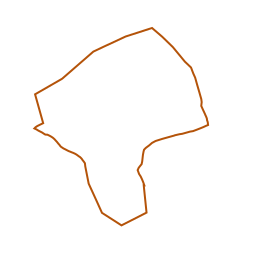 Belle Vue, Gros Islet, Saint Lucia, rotated 153°
{"feature_id": "8701671B15632424418996", "entity_name": "Belle Vue", "entity_type": "district", "adm_level": 2, "iso_a3": "LCA", "parent_name": "Saint Lucia", "parent_adm1": "Gros Islet", "projection": "natural_earth1", "projection_center": [-60.943, 14.085], "detail": "fine", "context": "isolated", "style": "outline", "palette": "amber", "viewbox_px": 256, "rotation_deg": 153, "n_neighbors": 0, "source": "geoboundaries", "source_scale": "gbopen_adm2", "svg_char_len": 1464}
<svg xmlns="http://www.w3.org/2000/svg" viewBox="0 0 256 256"><g transform="rotate(153 128 128)"><path d="M113.6,211.5L124.2,211.8L164.3,201.8L195.5,200.2L201.4,170.8L205.0,170.9L206.7,170.9L208.1,170.9L209.6,170.7L209.9,170.7L211.6,170.1L210.2,168.3L209.0,166.3L207.7,164.5L206.6,163.0L205.6,161.2L204.7,159.7L203.7,159.1L202.9,158.7L201.6,157.0L200.5,155.4L199.4,153.5L198.6,151.5L198.1,149.6L197.6,147.8L197.2,145.8L196.7,143.9L196.5,142.5L196.1,141.4L195.5,140.4L194.8,139.1L193.6,137.5L192.4,135.8L191.3,134.3L190.3,133.2L189.3,132.0L188.2,130.8L187.0,129.3L185.9,127.6L185.2,126.2L184.5,124.8L183.9,123.8L183.5,122.6L183.2,121.5L183.1,120.4L182.9,119.4L182.6,117.9L182.4,116.1L183.5,113.2L188.3,96.3L189.1,77.2L189.7,64.2L178.0,44.2L176.3,44.2L163.1,44.2L149.9,44.2L140.0,69.8L139.5,69.5L139.1,72.5L138.8,75.8L138.7,79.0L139.0,82.0L138.5,86.1L136.5,87.7L134.6,88.6L132.3,89.6L130.5,91.8L128.4,95.0L126.8,97.4L124.7,100.1L123.5,101.4L121.1,102.2L117.0,102.9L113.4,103.8L109.3,103.9L102.2,102.7L92.3,100.7L90.4,100.3L89.9,100.3L88.2,99.9L85.0,99.1L82.3,98.2L77.8,97.3L74.3,96.6L71.5,95.7L67.9,95.3L63.9,94.9L60.3,94.6L57.4,94.5L55.3,94.3L54.3,97.0L54.0,99.1L53.4,100.8L53.3,102.2L53.2,102.7L53.2,104.3L53.1,104.9L52.9,110.2L52.7,114.4L50.6,117.6L49.6,120.4L48.2,127.5L46.8,134.9L45.3,142.4L45.1,146.7L44.7,150.6L44.6,151.2L44.4,153.3L47.2,161.3L51.3,179.7L56.1,193.8L61.2,206.2L88.6,210.6L113.6,211.5Z" fill="none" stroke="#b45309" stroke-width="2"/></g></svg>